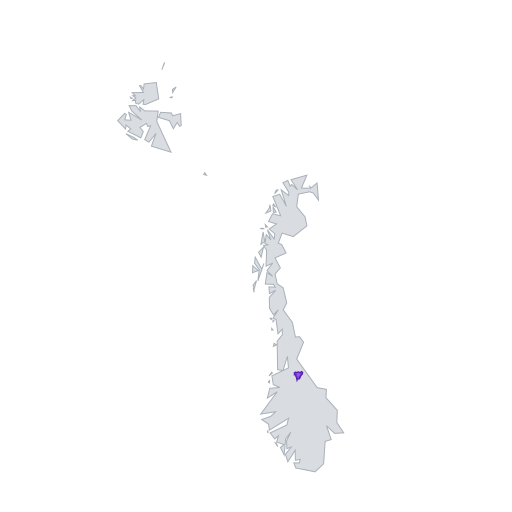 Holtålen nor, Sør-Trøndelag, Norway shown in context, rotated 325°
{"feature_id": "86288312B65745471966188", "entity_name": "Holtålen nor", "entity_type": "district", "adm_level": 2, "iso_a3": "NOR", "parent_name": "Norway", "parent_adm1": "Sør-Trøndelag", "projection": "orthographic", "projection_center": [11.18, 62.863], "detail": "fine", "context": "in_parent", "style": "filled", "palette": "violet", "viewbox_px": 512, "rotation_deg": 325, "n_neighbors": 0, "source": "geoboundaries", "source_scale": "gbopen_adm2", "svg_char_len": 4832}
<svg xmlns="http://www.w3.org/2000/svg" viewBox="0 0 512 512"><g transform="rotate(325 256 256)"><path d="M290.5,252.2L281.6,258.3L283.6,261.3L282.4,270.7L270.5,268.5L269.1,279.7L261.3,281.7L257.4,290.9L260.0,297.6L254.3,312.0L247.4,315.8L247.7,331.2L241.8,345.0L245.3,347.0L245.5,353.9L230.2,363.8L230.6,398.9L237.2,405.6L232.0,412.3L234.1,429.0L226.7,438.7L226.4,451.2L218.6,446.3L216.4,435.5L212.3,449.5L206.3,447.5L192.2,465.0L180.6,466.7L167.0,452.5L168.3,447.2L172.8,450.3L175.5,448.0L171.1,445.9L176.7,437.6L164.1,442.8L166.4,435.3L175.3,432.7L170.8,431.5L175.1,424.9L183.4,420.3L175.4,422.8L164.9,435.2L166.2,426.9L170.8,426.6L166.2,420.2L171.3,416.1L166.4,416.6L166.1,409.0L184.3,412.1L189.7,407.6L167.2,406.3L169.8,401.0L166.9,393.3L176.3,395.8L182.7,394.8L169.2,388.2L195.5,379.4L183.8,378.9L191.4,372.3L200.1,377.4L196.4,371.3L200.3,363.3L218.4,366.3L224.2,356.2L212.5,365.3L208.5,361.6L224.4,338.0L232.4,335.6L235.5,331.0L229.4,332.3L236.0,319.5L234.1,316.8L243.4,312.8L236.5,314.3L237.0,306.6L243.2,297.5L252.6,295.4L245.5,294.5L248.9,288.7L253.7,292.6L254.2,289.3L247.5,284.3L255.4,276.0L258.0,282.3L256.6,274.2L265.7,271.4L258.4,270.1L267.9,257.5L268.3,251.6L272.5,254.0L270.5,250.9L276.7,244.3L277.4,251.3L280.4,241.1L280.6,252.5L284.2,248.6L282.3,241.4L291.2,241.5L286.0,234.9L293.8,230.9L299.3,237.2L303.9,216.9L310.8,219.0L309.4,232.8L314.6,216.2L317.4,225.2L319.4,222.7L320.1,211.4L325.4,212.3L324.0,218.4L326.3,217.9L328.0,225.6L328.5,213.5L344.0,219.0L332.1,226.4L339.8,231.9L347.9,231.2L339.2,246.1L339.1,237.4L336.8,234.2L326.2,229.6L317.6,238.9L318.6,252.1L315.0,260.5L297.7,261.5L290.5,252.2ZM238.3,60.0L243.9,64.0L244.2,71.4L246.2,67.2L248.0,73.2L259.0,81.2L251.9,88.8L245.9,122.2L233.3,106.1L244.4,98.3L233.5,101.3L231.6,96.8L244.4,88.9L241.5,87.6L242.5,84.6L234.8,84.1L234.9,89.6L229.4,93.1L222.6,80.3L226.3,80.2L224.7,74.2L222.0,77.1L220.3,65.8L230.2,63.8L231.0,65.6L226.6,69.2L231.5,73.1L234.1,65.3L240.4,79.1L237.4,66.2L238.3,60.0ZM248.3,51.2L257.6,57.5L258.3,49.7L259.4,50.4L259.7,54.7L263.0,50.9L273.8,56.7L266.4,71.5L252.3,68.5L250.5,66.9L253.8,63.6L247.0,64.3L245.0,61.5L246.7,59.4L243.5,57.8L248.1,57.8L247.0,54.0L249.1,55.6L248.3,51.2ZM260.3,83.6L268.7,90.3L268.1,93.3L275.9,96.1L269.5,106.3L267.8,105.8L268.0,101.4L261.3,104.3L262.7,95.5L255.6,86.5L260.3,83.6ZM253.2,269.9L258.3,266.6L243.3,277.4L250.8,269.1L250.7,261.1L254.7,256.5L253.2,269.9ZM260.3,254.4L267.2,253.1L259.5,259.9L260.3,254.4ZM266.7,249.3L275.6,240.4L271.4,249.2L266.7,249.3ZM219.7,81.2L224.3,89.6L225.5,93.2L221.7,89.1L219.7,81.2ZM247.8,262.1L249.5,269.2L243.6,267.7L247.8,262.1ZM296.8,222.0L294.1,227.7L288.6,226.5L294.3,224.4L296.8,222.0ZM298.1,225.5L297.7,231.6L295.2,230.4L298.1,225.5ZM236.7,278.3L242.3,276.4L236.3,281.4L236.7,278.3ZM291.4,45.7L285.8,49.4L291.5,45.3L291.4,45.7ZM283.1,71.7L287.5,71.7L281.5,74.3L283.1,71.7ZM307.0,215.7L310.4,213.6L311.9,214.5L307.0,215.7ZM300.3,223.5L300.2,226.8L298.6,224.3L300.3,223.5ZM281.6,235.6L282.1,238.8L280.4,237.9L281.6,235.6ZM261.8,158.4L261.8,161.5L259.9,159.2L261.8,158.4ZM279.2,77.8L277.2,77.9L276.7,76.8L279.2,77.8ZM220.7,337.9L221.9,340.6L218.4,340.0L220.7,337.9ZM274.9,235.9L277.1,236.8L278.4,238.5L274.9,235.9ZM244.2,53.9L245.1,55.8L243.9,55.2L244.2,53.9ZM202.1,361.4L197.9,361.6L202.3,360.2L202.1,361.4ZM196.0,365.5L194.3,367.7L193.7,366.5L196.0,365.5ZM235.4,282.1L233.5,284.7L235.5,280.4L235.4,282.1ZM165.3,421.1L164.5,424.6L164.6,420.0L165.3,421.1ZM232.5,317.4L231.6,315.3L232.8,315.4L232.5,317.4ZM339.8,228.8L340.1,231.4L339.9,231.0L339.8,228.8ZM233.6,319.4L231.5,319.9L234.1,318.8L233.6,319.4ZM227.3,324.3L227.5,326.4L226.4,325.7L227.3,324.3ZM165.5,405.9L164.3,408.0L164.7,406.2L165.5,405.9Z" fill="#d9dde1" stroke="#a8b0b8" stroke-width="1"/><path d="M222.7,374.9L222.4,374.7L222.2,374.8L222.0,374.7L221.6,373.8L221.4,373.8L221.2,373.9L220.9,373.9L220.7,373.9L220.4,373.8L220.3,374.0L220.2,374.4L220.1,374.9L220.1,375.0L220.0,375.3L220.0,375.5L219.9,375.5L220.0,375.7L219.9,375.7L220.0,375.8L219.9,375.8L219.9,376.0L220.0,376.2L220.1,376.5L220.0,377.1L219.8,377.4L219.6,377.7L219.9,378.9L219.4,379.1L219.2,379.7L219.0,379.9L219.0,380.1L218.9,380.3L218.6,381.0L218.9,380.8L219.1,380.7L219.8,380.7L220.7,381.2L221.4,381.3L221.5,381.2L221.8,381.0L222.0,380.9L222.1,380.7L222.3,380.5L222.5,380.3L222.8,380.4L222.9,380.2L223.0,380.1L222.9,380.0L223.0,380.0L223.0,379.9L223.2,379.7L223.3,379.7L223.3,379.8L223.5,379.8L223.8,379.8L223.8,379.7L224.1,379.6L224.4,379.6L224.6,379.5L224.6,379.4L224.9,379.4L225.0,379.3L225.2,379.2L226.1,379.3L226.5,378.8L226.8,378.5L227.1,378.3L227.2,378.2L227.3,378.1L227.2,377.9L227.2,377.7L227.1,377.4L227.1,377.2L227.0,376.9L226.8,376.9L226.7,376.9L226.2,376.9L226.0,377.0L225.9,377.1L225.7,377.2L225.4,377.2L225.0,376.8L224.7,376.4L224.3,375.4L223.5,375.2L222.7,374.9Z" fill="#8b5cf6" stroke="#5b21b6" stroke-width="1.5"/></g></svg>